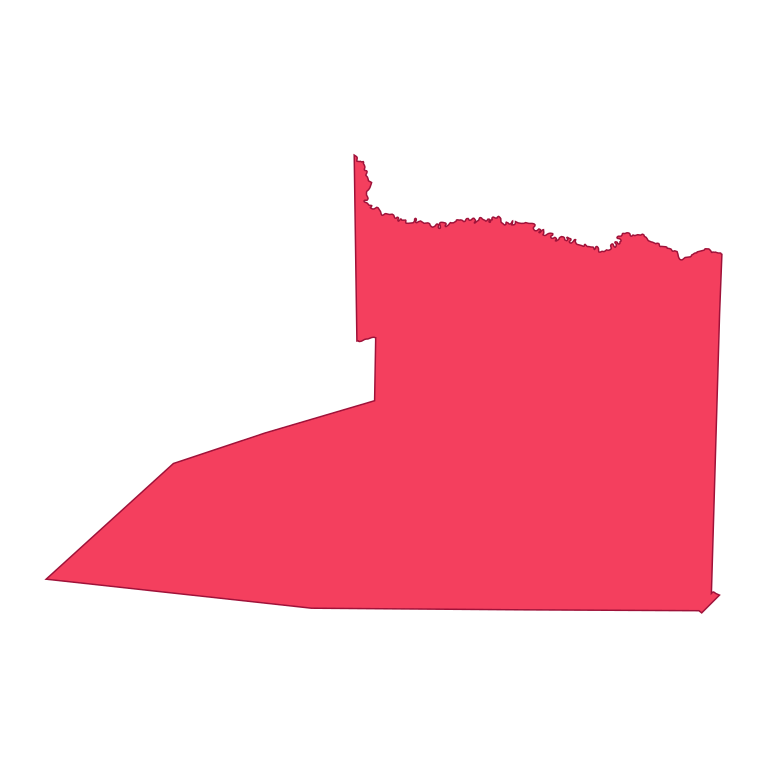 Avellaneda, Río Negro, Argentina (Albers equal-area conic projection)
{"feature_id": "61730980B30095926529222", "entity_name": "Avellaneda", "entity_type": "district", "adm_level": 2, "iso_a3": "ARG", "parent_name": "Argentina", "parent_adm1": "Río Negro", "projection": "albers", "projection_center": [-66.022, -39.232], "detail": "fine", "context": "isolated", "style": "filled", "palette": "rose", "viewbox_px": 768, "rotation_deg": 0, "n_neighbors": 0, "source": "geoboundaries", "source_scale": "gbopen_adm2", "svg_char_len": 6119}
<svg xmlns="http://www.w3.org/2000/svg" viewBox="0 0 768 768"><path d="M356.9,341.0L358.2,340.8L358.4,341.2L359.2,341.5L359.8,341.5L361.6,341.1L364.7,339.4L366.6,339.0L367.8,339.0L371.8,337.5L374.1,337.2L374.9,337.6L375.7,337.7L374.6,400.7L265.3,432.9L173.4,463.5L46.1,579.2L311.5,608.2L520.5,609.8L577.5,610.1L698.9,610.7L701.7,612.9L719.5,595.1L715.6,593.4L714.7,592.6L713.5,592.0L712.6,592.2L711.4,593.4L719.6,313.3L721.9,254.4L721.5,254.4L720.9,253.3L720.4,253.0L718.1,253.0L715.3,252.1L714.2,252.3L712.9,252.0L712.4,252.4L711.6,252.4L710.6,250.6L709.1,249.1L708.4,248.9L705.4,248.8L704.8,249.1L704.4,249.8L703.9,250.2L697.2,251.9L696.7,252.8L695.1,253.0L694.1,253.5L692.6,254.6L691.8,254.9L690.9,256.5L690.5,256.8L685.1,257.5L682.8,259.4L682.2,259.8L681.2,259.9L680.4,259.7L679.6,259.1L678.9,257.9L678.4,256.6L677.9,254.1L677.1,251.6L674.7,250.8L673.5,251.2L672.4,251.1L670.9,249.0L668.9,248.4L667.3,248.3L666.9,247.3L666.0,246.8L661.6,246.4L660.3,246.5L659.8,246.2L659.5,245.6L659.1,244.0L658.7,243.5L657.1,243.2L655.8,243.7L652.6,242.2L651.5,242.0L648.4,240.7L647.9,240.2L647.5,239.3L646.2,237.4L644.4,236.4L644.0,235.1L643.1,234.4L642.3,234.2L640.6,235.1L637.7,234.7L635.2,235.5L634.1,235.5L633.5,235.1L632.8,235.1L631.8,236.1L631.2,236.2L630.7,236.0L630.2,235.3L630.0,234.1L629.2,233.2L627.9,232.8L626.8,232.8L625.0,233.5L622.9,233.4L622.5,233.6L622.1,234.9L621.4,235.9L620.5,236.2L618.3,236.2L617.5,236.7L617.0,237.4L617.1,238.0L617.8,238.5L619.6,238.7L620.8,239.8L621.1,240.7L620.9,241.2L620.0,241.8L620.0,242.7L619.7,243.6L619.0,244.0L618.3,243.9L617.8,243.6L617.4,242.5L616.9,242.1L615.7,241.8L615.1,242.0L614.9,242.7L616.3,244.4L616.3,245.4L615.8,246.7L615.2,247.2L614.4,246.9L613.8,246.1L613.0,244.2L612.2,243.9L611.5,244.3L610.9,244.9L610.6,245.9L611.3,248.2L610.8,249.2L609.6,250.0L608.1,250.3L606.5,249.9L604.8,251.2L604.0,251.6L602.0,251.3L600.3,252.1L599.1,252.1L598.7,251.5L598.5,248.6L598.1,247.6L597.2,246.6L596.5,246.5L595.9,246.8L595.4,248.6L594.4,249.4L594.1,249.0L593.8,247.8L593.5,247.3L592.2,247.0L590.9,247.0L588.7,246.5L588.0,246.7L587.1,246.4L585.1,244.4L584.7,244.5L584.3,245.1L584.2,246.0L583.7,246.3L583.1,246.3L581.8,245.6L577.2,244.4L576.2,243.7L575.7,242.5L575.2,241.3L575.7,239.8L575.1,239.5L574.4,239.8L573.1,241.6L572.0,242.6L571.4,243.0L570.4,243.0L569.6,242.5L569.3,241.7L570.8,240.2L571.0,239.7L570.8,238.9L570.5,238.7L569.3,238.4L567.5,237.3L566.9,237.5L567.0,238.0L567.8,239.2L567.2,240.4L566.6,240.7L565.0,240.0L564.6,239.1L564.5,238.0L563.9,237.3L563.0,236.8L561.4,236.6L561.1,236.9L560.5,237.0L559.3,238.0L559.2,238.7L558.5,239.6L557.0,240.6L556.1,241.0L555.5,240.8L555.6,240.2L556.0,239.9L556.5,239.0L556.2,238.3L555.5,237.7L555.0,237.4L554.4,237.4L554.1,237.6L553.7,238.1L553.0,238.3L551.9,238.3L551.3,238.0L550.9,237.5L550.7,236.8L551.2,235.9L552.6,235.1L552.8,234.4L552.7,233.6L550.7,233.2L549.4,233.3L548.3,233.6L546.6,234.6L545.7,235.3L544.8,235.5L543.8,235.3L543.0,234.8L543.7,233.3L543.8,232.3L543.5,229.7L542.5,230.0L540.0,232.6L539.5,232.7L539.0,232.5L539.0,232.1L540.0,231.3L540.5,230.3L540.5,229.8L539.7,229.2L538.8,229.0L537.3,230.4L536.2,230.8L535.0,230.7L534.4,230.2L533.6,229.2L533.3,228.1L533.5,227.5L534.9,225.9L535.0,224.8L534.1,223.9L533.1,223.6L531.9,223.4L528.8,223.4L525.6,222.6L524.0,223.3L521.3,223.4L518.2,222.9L515.5,221.6L515.4,223.4L514.6,224.5L513.3,224.9L511.8,224.8L512.2,223.9L512.7,221.8L512.6,221.0L512.3,221.2L511.3,223.1L510.8,223.7L509.8,224.1L509.4,224.0L508.7,223.7L508.2,223.0L506.3,222.2L505.9,223.0L506.0,224.0L505.7,224.5L504.8,225.0L504.4,224.9L502.4,223.2L501.3,222.5L500.9,221.3L500.8,218.7L500.1,217.6L498.7,216.4L498.2,216.5L497.4,217.1L497.0,218.0L495.5,218.1L493.5,217.1L492.7,217.2L492.0,218.0L491.9,218.7L492.2,219.5L492.0,219.9L490.8,220.0L490.5,220.4L490.5,221.7L490.2,222.2L489.6,222.3L489.2,222.1L489.0,221.2L489.6,219.6L489.3,219.2L488.0,219.1L486.8,220.7L486.2,221.0L485.5,221.0L484.9,220.3L483.1,219.5L482.3,219.0L481.5,218.0L480.6,217.6L479.9,217.7L479.5,218.1L478.6,220.3L476.8,221.4L474.9,223.0L474.5,223.0L474.4,222.6L475.5,221.0L475.4,220.1L474.1,218.4L473.4,218.2L472.8,218.4L471.1,219.9L470.0,220.3L469.5,220.3L468.9,219.8L468.6,219.1L468.1,218.5L466.8,218.6L466.2,219.1L465.0,221.3L463.9,221.6L462.0,220.2L460.6,219.9L459.9,220.1L457.0,219.8L456.4,220.2L456.3,220.8L456.0,221.2L453.5,222.8L451.4,222.9L450.5,222.6L449.9,223.1L448.6,224.8L446.3,226.5L445.5,226.5L445.2,225.9L445.5,225.0L446.1,224.2L446.0,223.5L445.4,223.0L442.9,222.4L441.0,222.3L440.1,222.7L439.6,223.4L439.6,224.2L440.3,225.6L440.4,227.5L440.2,228.1L439.5,228.4L438.8,228.2L438.3,227.3L438.6,225.1L438.3,224.6L437.7,224.1L436.9,224.0L436.3,224.4L435.1,226.0L433.8,226.8L432.6,227.2L431.2,226.5L430.1,225.0L429.6,223.7L428.5,223.1L427.7,222.9L424.1,223.3L420.6,221.0L418.3,221.7L417.5,222.4L416.5,222.7L415.8,222.4L415.7,221.6L415.9,220.8L416.3,220.0L416.3,219.2L416.0,218.6L415.3,218.4L414.6,219.1L414.6,220.3L414.4,221.1L413.9,222.0L413.1,222.8L408.4,223.3L406.2,223.2L405.9,222.9L405.7,222.0L405.9,220.7L405.6,220.1L402.1,220.2L401.7,220.0L401.4,219.3L400.8,219.0L400.4,219.1L399.7,220.2L399.0,220.8L398.3,221.1L397.8,220.1L398.5,218.5L398.4,217.8L397.8,217.3L397.1,217.3L396.1,218.3L394.9,218.0L394.6,217.6L393.8,215.4L393.5,215.0L392.2,214.2L389.4,214.5L385.8,213.6L384.5,214.0L384.0,214.6L382.6,215.3L381.9,215.2L381.2,214.1L380.6,211.7L378.1,207.8L376.8,207.3L374.3,208.8L373.1,209.0L372.3,208.9L370.4,207.8L370.4,207.4L371.5,206.6L371.7,205.6L371.2,205.4L369.5,205.3L368.8,205.0L367.4,203.2L364.3,201.8L364.1,201.3L364.2,200.6L364.4,200.4L365.2,200.2L366.9,200.3L367.2,200.1L368.0,198.8L368.0,198.1L367.3,196.4L366.5,195.1L366.5,192.7L366.6,191.7L366.9,191.2L368.6,189.7L369.9,187.7L371.3,183.7L371.6,182.5L368.7,180.9L368.4,180.6L368.2,179.4L367.6,177.5L367.3,176.9L365.9,175.4L366.0,174.5L366.8,173.0L367.1,171.7L366.6,170.8L365.2,170.5L364.5,170.0L364.3,169.1L364.8,167.9L364.9,166.9L364.4,165.3L363.4,163.6L363.6,162.2L363.2,161.6L361.7,161.9L360.3,161.3L359.6,161.5L357.1,161.3L356.8,161.0L356.8,160.6L357.2,158.2L357.1,157.3L356.4,156.5L354.2,155.1L356.9,341.0Z" fill="#f43f5e" stroke="#9f1239" stroke-width="1.5"/></svg>